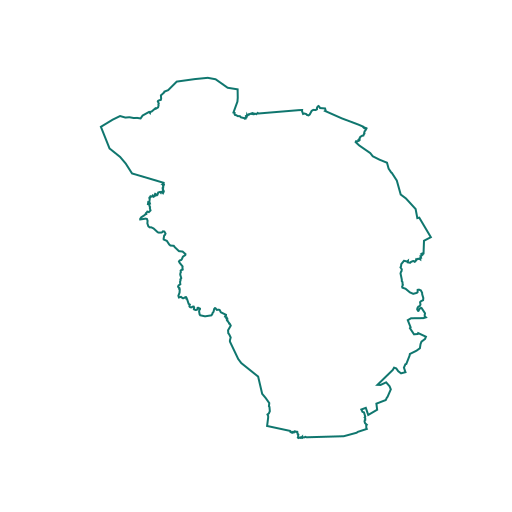 the district of Zosēnu pag., Jaunpiebalgas, Latvia, rotated 197°
{"feature_id": "27541924B99380513765752", "entity_name": "Zosēnu pag.", "entity_type": "district", "adm_level": 2, "iso_a3": "LVA", "parent_name": "Latvia", "parent_adm1": "Jaunpiebalgas", "projection": "albers", "projection_center": [25.837, 57.169], "detail": "fine", "context": "isolated", "style": "outline", "palette": "teal", "viewbox_px": 512, "rotation_deg": 197, "n_neighbors": 0, "source": "geoboundaries", "source_scale": "gbopen_adm2", "svg_char_len": 6039}
<svg xmlns="http://www.w3.org/2000/svg" viewBox="0 0 512 512"><g transform="rotate(197 256 256)"><path d="M158.0,383.5L165.9,384.2L173.5,385.5L176.8,387.8L189.6,391.9L194.0,394.0L193.9,395.0L192.6,395.3L191.7,396.0L191.9,396.7L191.0,396.8L190.8,397.3L191.4,397.7L191.5,398.7L191.1,399.3L191.1,400.4L189.7,402.0L188.5,402.6L188.5,403.6L188.1,404.7L188.5,405.0L188.6,407.0L188.1,408.0L187.7,409.9L189.0,409.9L188.6,410.5L191.0,410.5L191.1,411.0L196.5,411.6L214.1,412.7L232.4,414.9L232.0,415.6L233.1,417.3L238.0,416.2L239.3,417.4L240.1,417.7L240.7,416.9L240.9,416.1L241.0,415.3L240.6,414.1L241.7,413.0L243.9,412.5L245.2,411.1L246.0,407.0L246.9,405.8L248.6,405.8L249.3,406.4L251.5,406.4L252.5,405.6L254.4,408.1L254.6,409.1L257.7,408.0L295.3,393.0L296.2,393.3L297.0,391.8L298.0,391.9L299.1,391.2L299.4,391.4L299.7,390.9L300.2,391.0L300.0,391.6L301.4,391.6L301.6,391.3L301.4,391.1L301.4,390.6L302.8,390.5L303.9,389.3L304.2,389.5L305.4,387.5L305.8,388.0L305.7,387.2L306.2,387.0L306.0,386.8L306.2,386.3L305.7,386.2L305.6,385.8L306.3,385.3L306.1,384.4L307.0,384.0L307.6,384.4L311.0,384.2L312.3,385.0L314.4,384.4L316.0,384.9L317.2,384.7L318.0,385.4L318.3,386.6L319.5,386.6L318.9,398.2L319.7,401.9L322.3,410.0L332.3,408.6L346.3,413.2L354.2,412.3L366.2,407.3L382.8,399.6L388.5,388.9L391.7,386.4L391.6,385.7L393.9,381.8L392.7,378.7L392.7,377.4L394.1,376.6L395.0,375.7L395.1,375.1L393.6,373.5L393.7,372.5L393.2,371.6L393.1,369.5L394.9,367.5L395.4,367.8L398.0,363.7L399.3,362.8L399.2,361.8L400.4,362.5L405.5,357.2L406.6,353.8L410.1,353.3L413.2,352.2L417.6,351.7L421.4,350.2L426.9,350.1L432.9,344.5L442.1,334.2L427.5,316.0L414.9,311.0L407.6,306.3L398.7,298.7L365.8,299.0L365.8,298.2L366.1,297.7L365.3,297.9L364.9,297.5L365.0,296.2L365.5,296.0L364.8,294.7L365.2,293.7L364.6,293.2L364.7,292.8L364.3,292.5L364.3,291.8L363.2,291.1L363.4,290.7L363.1,290.2L363.3,288.9L364.9,289.8L365.4,289.5L365.5,288.6L366.5,289.2L368.1,288.1L368.1,285.8L368.5,285.1L369.2,284.9L370.0,285.9L370.6,286.0L370.7,285.5L370.1,284.1L370.9,283.4L371.2,282.7L371.6,282.8L372.0,283.6L372.4,283.8L373.0,282.4L373.9,282.2L374.1,281.6L374.5,281.9L374.7,281.1L375.0,280.7L375.0,280.3L374.3,279.4L373.8,276.6L373.3,275.9L374.8,276.0L374.5,274.0L372.9,274.2L372.6,272.8L371.6,271.8L371.6,270.9L370.2,268.7L371.3,266.6L372.9,266.7L373.3,265.3L373.7,264.9L373.2,264.0L374.2,263.3L374.5,262.5L377.1,259.4L377.6,257.5L377.4,257.1L372.4,259.5L371.1,259.5L370.0,258.0L369.4,255.4L367.6,252.9L366.0,252.3L364.6,252.8L362.0,252.4L357.0,250.0L356.0,249.9L353.2,250.8L352.6,251.4L352.2,252.4L350.8,252.6L349.1,251.0L349.2,249.6L349.8,248.8L349.4,245.5L349.1,244.8L345.7,244.4L342.3,241.6L340.9,241.0L337.6,241.7L336.3,240.7L331.1,238.1L327.5,238.8L324.0,237.2L323.9,236.2L325.7,234.0L326.0,231.2L326.4,230.3L327.6,229.5L328.1,228.3L327.1,227.2L323.2,224.6L322.7,222.5L322.2,222.0L322.2,221.4L323.4,220.7L323.8,219.9L323.1,218.5L323.3,217.5L323.0,216.0L321.0,213.0L321.1,212.2L321.5,211.7L321.4,211.1L321.0,210.5L321.1,209.1L320.1,206.8L321.4,205.3L321.6,204.1L321.1,203.4L320.2,203.1L320.0,202.5L319.7,202.7L319.2,201.9L318.4,198.6L318.6,195.3L317.6,193.8L315.8,195.0L313.8,194.2L313.0,194.4L311.5,196.0L310.8,196.2L310.1,195.5L310.1,194.8L309.3,194.6L306.4,190.5L305.1,190.2L305.1,188.9L304.9,188.3L304.0,187.8L302.9,187.9L301.4,189.3L300.7,189.4L300.0,188.4L300.0,187.1L299.6,186.8L297.9,186.7L296.8,187.3L296.5,188.1L296.7,189.2L296.3,189.6L294.2,189.3L294.1,188.8L294.4,188.6L294.2,186.3L292.8,183.6L292.0,183.0L287.1,183.4L281.3,186.2L280.8,187.8L280.9,188.7L280.3,190.2L280.5,193.2L280.0,194.2L279.5,194.2L277.7,193.0L275.9,193.8L274.9,193.7L273.2,191.9L267.5,191.0L267.4,190.5L267.7,190.3L267.9,189.0L266.2,188.7L266.3,188.0L265.4,187.8L265.6,187.3L265.2,186.5L264.6,186.3L264.8,185.9L261.9,183.9L261.9,183.5L261.0,183.3L259.8,182.0L261.0,176.8L259.9,174.0L258.8,173.3L256.4,170.7L256.3,167.8L255.9,166.5L242.9,152.3L238.8,149.3L218.7,141.3L209.8,126.0L205.2,123.0L200.3,119.2L199.7,116.1L199.0,115.6L197.4,111.6L197.7,109.2L198.7,107.8L197.6,106.6L197.1,104.9L195.7,96.7L172.3,98.7L171.8,98.5L171.6,97.8L169.8,97.5L169.7,97.8L170.0,98.2L169.6,98.5L168.5,98.2L168.3,98.3L168.5,98.7L167.8,99.1L167.9,99.6L167.6,99.8L166.4,99.5L165.5,100.0L165.1,99.9L165.0,99.2L164.3,98.6L164.2,98.0L163.3,97.6L163.3,96.8L162.9,96.0L162.9,94.6L162.2,94.3L161.0,95.1L160.1,95.1L160.1,95.7L159.5,95.8L159.1,96.5L158.9,95.7L158.5,95.6L158.0,96.3L156.5,96.8L156.0,97.5L154.7,97.4L119.4,109.3L108.1,116.4L107.2,117.6L99.5,123.0L100.2,123.8L101.1,126.3L100.7,127.0L102.8,128.0L103.8,129.4L104.0,130.9L103.6,131.2L104.1,132.8L104.9,133.3L104.6,134.4L107.0,138.0L108.6,138.1L110.4,140.0L106.6,142.9L102.2,136.8L95.2,144.4L97.7,150.0L89.8,156.2L89.5,158.5L89.0,159.9L88.1,167.9L90.2,170.5L94.6,173.2L99.2,169.1L102.2,168.3L91.9,187.0L91.3,189.6L89.0,189.5L86.3,187.4L83.0,186.2L79.1,188.6L81.9,192.5L81.5,196.1L80.7,196.7L80.0,205.6L80.2,207.3L74.8,212.4L72.3,215.7L72.9,219.9L72.7,222.5L70.1,226.1L69.9,228.5L78.4,229.7L78.5,228.7L82.0,227.3L87.7,232.0L87.3,233.0L92.1,239.0L89.5,241.8L77.8,245.5L75.6,247.0L77.1,247.8L77.5,249.2L77.5,250.3L77.8,250.8L82.4,254.6L82.9,254.7L84.1,253.5L84.6,251.0L84.9,250.9L86.2,252.0L86.4,253.2L86.2,254.3L85.9,255.1L84.8,256.0L84.5,257.6L85.6,259.8L85.1,260.9L83.3,262.6L83.7,264.7L85.9,268.0L86.4,269.4L88.3,271.3L90.3,271.5L91.5,270.9L90.9,268.6L91.5,267.7L94.6,265.8L98.2,266.2L103.4,268.4L106.7,268.5L107.3,269.4L107.1,271.3L107.4,271.5L108.3,273.9L109.2,274.6L109.7,276.1L112.7,281.6L112.7,283.2L112.4,284.0L112.7,285.9L114.5,287.4L114.3,288.6L114.7,290.7L113.1,294.7L109.9,294.9L109.3,295.8L109.0,294.3L106.6,294.6L106.1,295.6L104.6,296.9L103.7,297.3L102.7,296.8L102.1,297.3L101.8,298.5L101.8,299.5L101.3,299.3L100.9,300.4L99.4,300.8L99.2,301.2L97.9,300.8L98.3,302.0L97.6,302.5L98.6,303.9L98.2,304.1L97.3,305.6L98.5,306.2L98.0,306.8L97.5,306.6L97.3,307.1L96.9,306.8L96.5,307.3L99.8,319.7L94.3,325.1L111.1,340.4L112.8,339.4L117.1,347.6L129.5,354.9L135.6,357.1L143.4,369.3L150.4,375.2L151.0,375.3L154.7,378.3L158.0,383.5Z" fill="none" stroke="#0f766e" stroke-width="2"/></g></svg>